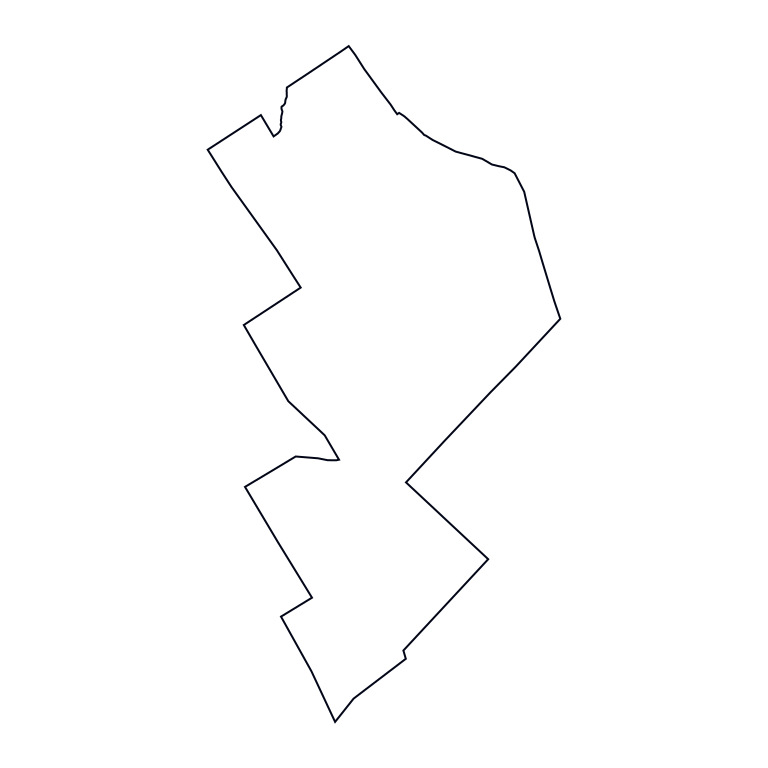 outline of Florencio Varela, Buenos Aires, Argentina
{"feature_id": "61730980B88470206742087", "entity_name": "Florencio Varela", "entity_type": "district", "adm_level": 2, "iso_a3": "ARG", "parent_name": "Argentina", "parent_adm1": "Buenos Aires", "projection": "mercator", "projection_center": [-58.275, -34.889], "detail": "fine", "context": "isolated", "style": "outline", "palette": "ink", "viewbox_px": 768, "rotation_deg": 0, "n_neighbors": 0, "source": "geoboundaries", "source_scale": "gbopen_adm2", "svg_char_len": 1720}
<svg xmlns="http://www.w3.org/2000/svg" viewBox="0 0 768 768"><path d="M358.3,59.7L355.1,54.7L348.7,46.1L341.6,51.0L311.9,70.9L286.9,87.5L286.9,88.1L286.8,89.0L286.7,89.6L286.7,90.3L286.6,91.1L286.7,92.1L286.8,92.9L286.7,93.6L286.7,94.4L286.8,95.2L286.8,95.8L286.8,96.5L286.7,97.0L286.5,97.6L286.2,98.0L286.1,98.6L285.7,99.1L285.6,99.7L285.4,100.5L285.3,101.2L285.2,102.4L285.1,103.1L284.8,103.7L284.4,104.2L283.6,105.2L283.2,105.6L282.7,105.9L282.2,106.2L281.6,106.7L281.5,107.5L281.5,108.5L281.6,109.1L281.8,109.8L282.1,110.4L282.4,111.5L282.2,112.8L282.0,113.7L281.8,114.5L281.6,115.2L281.5,115.7L281.3,116.4L281.3,117.6L281.2,118.8L280.9,119.9L281.0,121.1L281.3,121.9L281.2,122.9L280.8,123.8L280.7,124.6L280.8,125.2L281.1,125.9L281.4,126.6L281.3,127.4L280.8,128.5L280.7,129.1L280.4,129.9L280.0,130.9L279.6,131.4L279.3,131.9L278.8,132.3L278.4,132.7L278.0,133.3L273.6,136.4L260.9,115.1L207.7,149.7L221.8,172.1L231.4,186.9L276.9,250.3L292.8,275.3L300.7,287.6L243.8,325.0L254.5,343.5L288.3,401.2L324.7,435.3L339.0,459.7L336.2,460.3L327.6,460.2L318.1,458.3L295.7,456.5L245.0,486.9L277.7,541.8L312.0,597.7L281.0,616.6L311.5,671.4L335.1,721.9L353.6,698.6L366.3,688.9L405.8,658.8L403.4,650.5L488.2,559.2L406.0,482.4L444.7,440.7L490.4,392.4L515.9,366.5L560.3,318.8L554.4,301.5L551.8,293.0L550.5,288.8L542.8,263.4L539.2,251.3L534.8,238.0L534.2,235.7L524.2,191.8L514.6,173.2L510.6,170.4L504.4,167.3L498.9,166.2L491.9,164.5L482.2,158.8L455.7,151.6L445.9,146.6L432.7,140.0L425.7,135.5L424.3,135.1L423.3,134.0L422.0,132.5L420.7,131.3L407.2,118.8L405.8,117.6L404.4,116.4L403.3,115.6L402.2,114.9L399.1,112.9L397.2,114.2L394.4,110.4L390.7,104.7L381.1,92.2L364.2,69.0L358.3,59.7Z" fill="none" stroke="#020617" stroke-width="2"/></svg>